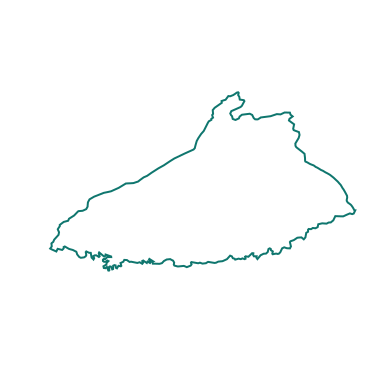 Miabi, Kasaï-Oriental, Democratic Republic of the Congo (Robinson projection), rotated 254°
{"feature_id": "63176286B13611321695248", "entity_name": "Miabi", "entity_type": "district", "adm_level": 2, "iso_a3": "COD", "parent_name": "Democratic Republic of the Congo", "parent_adm1": "Kasaï-Oriental", "projection": "robinson", "projection_center": [23.286, -6.293], "detail": "fine", "context": "isolated", "style": "outline", "palette": "teal", "viewbox_px": 384, "rotation_deg": 254, "n_neighbors": 0, "source": "geoboundaries", "source_scale": "gbopen_adm2", "svg_char_len": 5575}
<svg xmlns="http://www.w3.org/2000/svg" viewBox="0 0 384 384"><g transform="rotate(254 192 192)"><path d="M112.4,272.1L116.9,272.3L117.5,273.1L117.7,276.6L119.0,280.6L118.8,281.9L118.2,284.7L115.7,286.4L117.1,288.5L121.3,290.6L121.6,291.9L121.8,292.6L123.8,293.2L124.3,294.0L124.0,294.7L123.5,296.2L123.9,297.6L124.1,298.2L123.1,300.7L123.4,302.1L123.6,303.1L126.2,304.5L126.0,308.5L125.2,310.7L124.5,312.7L125.0,314.9L124.5,317.0L125.8,320.0L129.3,323.1L127.1,329.9L127.1,330.1L126.9,330.7L127.5,334.6L127.9,337.9L126.9,339.4L126.6,339.9L126.6,340.0L126.7,341.5L129.4,343.9L129.8,343.0L131.8,342.6L133.6,342.1L135.5,341.4L136.2,341.0L137.5,340.0L139.0,338.8L140.9,338.3L142.1,338.7L143.7,339.6L145.6,340.0L150.7,338.9L151.3,338.7L152.7,338.4L153.9,337.9L157.8,336.9L159.4,336.1L161.8,335.0L164.1,333.6L166.8,332.0L170.3,329.5L171.5,328.4L172.9,327.0L174.1,325.7L176.4,323.6L177.5,322.2L179.4,320.5L181.0,319.0L182.0,317.8L183.4,316.8L184.1,316.2L184.9,315.1L186.2,313.4L187.6,312.0L188.5,311.2L190.0,309.4L190.8,309.3L193.5,310.0L197.7,310.7L200.8,308.6L202.0,307.7L206.3,304.6L207.9,304.2L209.1,304.5L210.1,304.7L214.4,309.3L214.5,309.4L217.2,311.1L220.1,311.3L222.9,307.5L223.1,307.3L223.5,306.8L224.9,306.7L228.9,308.8L234.0,304.9L234.5,305.2L235.5,305.9L236.9,309.6L239.2,308.0L241.3,308.0L242.9,302.9L242.3,299.2L242.2,298.5L243.5,295.0L243.3,290.6L243.2,288.5L244.7,278.6L244.5,278.2L243.7,275.3L243.9,274.4L244.5,272.7L245.6,272.0L246.1,271.7L246.7,271.6L249.5,271.1L250.3,270.2L251.3,269.1L252.0,264.6L252.5,261.3L251.4,258.6L249.8,257.3L249.6,255.7L249.4,254.7L249.3,253.6L250.4,252.1L250.5,252.0L251.0,251.3L251.6,251.3L253.8,251.4L255.2,250.7L256.0,250.6L256.9,250.4L258.9,252.1L259.5,256.4L259.5,256.5L260.3,262.1L261.1,263.7L264.9,267.4L265.8,267.1L266.0,267.1L267.7,263.4L268.8,263.5L270.4,263.7L272.5,263.1L273.7,263.8L274.4,264.2L275.1,263.9L275.2,263.0L275.2,262.5L274.3,260.0L274.3,259.9L273.8,258.3L273.7,257.1L273.5,255.1L274.2,253.4L273.0,251.8L271.4,249.7L271.4,247.9L271.3,245.5L269.5,245.2L268.8,243.1L266.7,237.0L265.6,235.4L265.0,234.5L264.5,234.4L261.3,233.8L260.4,232.6L259.0,232.6L257.7,232.7L257.2,231.3L257.0,230.8L256.8,230.8L256.0,230.5L255.3,227.6L253.7,225.9L253.0,225.3L247.4,220.1L245.3,216.8L242.2,213.1L239.7,210.6L236.2,208.4L234.0,207.1L233.4,206.8L232.4,205.2L231.0,195.6L229.1,184.3L227.6,179.1L225.9,173.8L225.4,172.3L225.4,172.2L224.0,166.2L221.6,158.2L221.1,156.8L219.9,153.3L219.4,149.6L217.8,145.2L216.9,143.1L216.8,140.0L216.7,138.2L216.9,137.4L217.0,136.8L217.7,133.8L218.4,130.8L217.5,127.5L216.2,122.7L215.0,114.4L215.2,110.8L215.5,107.0L214.5,96.6L213.2,91.5L211.6,89.9L210.7,89.1L207.9,88.0L206.7,87.6L204.7,85.6L204.2,82.3L204.1,81.7L204.9,77.5L204.4,76.5L201.9,72.2L200.9,68.8L200.2,66.4L198.5,65.0L198.6,60.5L197.9,58.6L196.8,55.8L195.6,55.5L194.0,53.6L193.2,52.7L192.1,52.8L190.0,53.1L189.2,52.7L187.6,51.9L184.2,46.4L182.3,44.9L181.5,43.0L181.3,42.7L178.9,42.3L178.4,42.2L178.1,41.9L176.7,40.1L175.6,41.2L172.2,45.2L173.2,46.1L174.4,47.2L173.5,48.8L172.1,51.2L172.7,52.4L173.2,53.1L174.1,53.4L174.5,53.5L174.7,54.7L172.5,56.8L171.1,58.2L169.1,61.5L167.1,63.6L166.5,64.3L165.2,64.4L163.7,64.4L160.6,65.7L159.4,67.0L158.9,70.3L159.1,70.8L159.5,72.1L160.3,72.8L160.5,73.0L163.5,73.3L164.0,74.0L162.0,76.2L161.4,77.9L158.8,77.6L156.6,77.4L154.9,78.4L154.3,78.7L155.3,79.7L156.5,79.6L157.6,79.5L157.8,80.4L157.9,81.2L157.8,81.6L157.4,82.7L155.2,84.6L155.6,85.5L158.8,85.5L159.2,85.8L159.5,86.1L156.7,88.0L155.7,88.7L154.1,89.8L154.5,91.1L155.1,91.4L155.7,91.7L152.3,96.5L151.7,96.4L152.2,94.8L152.8,92.6L151.5,90.2L151.9,88.5L151.4,87.7L150.2,87.4L149.1,88.3L149.0,89.1L148.8,89.7L149.5,91.7L148.6,92.6L147.4,90.4L146.3,89.9L145.8,89.6L145.7,89.0L145.0,86.4L143.3,86.3L142.6,87.8L143.4,89.5L139.6,89.9L139.3,90.5L139.6,91.0L142.7,91.4L143.1,92.6L142.6,93.5L139.6,94.0L139.7,94.9L140.5,95.2L142.6,95.8L142.9,95.9L143.1,97.3L142.9,97.6L142.5,98.3L142.1,98.2L140.1,98.0L139.3,98.8L139.9,99.4L141.3,101.0L140.2,103.1L140.5,103.7L143.4,103.7L143.9,106.8L144.8,107.6L145.4,108.2L144.5,110.7L142.0,112.7L141.8,114.2L138.9,119.9L138.9,122.3L136.7,124.4L137.5,125.5L138.7,125.3L139.3,125.1L139.6,126.2L136.2,129.0L137.4,130.1L135.3,132.1L135.6,132.5L135.9,132.9L137.2,132.5L137.3,132.5L138.8,132.0L139.4,132.6L138.7,133.2L136.1,135.5L136.1,135.3L135.9,134.9L133.9,134.6L133.2,137.0L131.9,141.0L131.9,143.5L133.1,145.5L133.4,146.0L134.1,149.1L133.6,151.8L133.5,152.5L132.3,153.7L131.2,154.9L129.1,155.4L127.2,154.5L126.8,154.6L126.1,154.8L124.5,157.5L124.4,157.7L124.3,157.9L124.0,159.4L123.2,163.8L122.2,165.1L121.2,166.3L121.6,170.4L122.5,171.6L124.3,171.5L124.8,172.1L121.8,178.3L121.8,179.2L121.9,180.1L120.3,182.3L119.7,185.8L119.9,186.2L120.4,188.2L117.6,194.1L117.4,195.7L117.8,197.8L117.8,198.3L117.1,202.2L117.2,203.1L117.8,207.1L120.3,211.1L119.1,212.6L117.1,213.0L116.1,214.6L115.1,214.9L115.1,218.4L114.0,220.4L114.0,220.7L114.3,222.1L112.9,224.2L113.2,224.9L113.2,225.1L114.1,225.2L115.1,225.2L115.1,225.3L115.4,225.8L114.2,228.4L114.8,229.5L116.6,232.9L116.4,233.7L116.2,234.1L114.5,233.4L113.1,233.8L112.8,235.0L112.4,236.4L111.2,235.8L110.4,236.1L109.5,236.4L110.9,238.5L112.3,240.5L112.9,243.8L112.4,246.2L113.4,248.2L114.7,249.0L116.1,249.8L116.2,250.1L116.4,251.2L116.0,251.6L115.6,252.0L114.7,251.9L114.2,251.9L112.6,253.3L110.6,252.2L110.5,252.3L109.9,252.5L109.8,254.2L109.6,255.9L109.1,256.8L108.8,257.4L108.8,258.4L108.9,258.9L109.0,259.0L109.8,260.3L113.0,263.1L113.2,264.3L113.4,265.4L112.4,266.8L111.8,267.7L110.8,270.6L111.9,271.6L112.4,272.1Z" fill="none" stroke="#0f766e" stroke-width="2"/></g></svg>